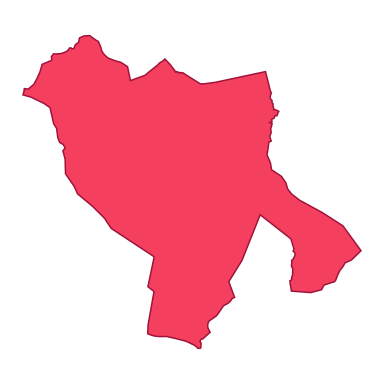 outline of Dange Shuni, Sokoto, Nigeria
{"feature_id": "59680162B96995039930644", "entity_name": "Dange Shuni", "entity_type": "district", "adm_level": 2, "iso_a3": "NGA", "parent_name": "Nigeria", "parent_adm1": "Sokoto", "projection": "orthographic", "projection_center": [5.413, 12.816], "detail": "fine", "context": "isolated", "style": "filled", "palette": "rose", "viewbox_px": 384, "rotation_deg": 0, "n_neighbors": 0, "source": "geoboundaries", "source_scale": "gbopen_adm2", "svg_char_len": 3131}
<svg xmlns="http://www.w3.org/2000/svg" viewBox="0 0 384 384"><path d="M299.7,200.3L291.5,193.9L287.7,189.0L285.9,182.8L281.4,176.3L271.6,169.8L270.4,162.7L267.0,155.0L267.9,149.5L268.6,144.2L268.8,142.2L271.2,141.1L269.8,136.4L271.2,132.5L270.7,128.9L271.5,126.2L272.1,123.7L269.7,122.5L272.1,121.7L271.5,119.4L274.2,118.2L274.6,116.1L277.1,115.6L277.7,113.3L278.8,111.4L276.1,109.9L273.7,109.8L273.8,108.2L272.9,105.8L273.1,104.0L272.0,102.5L272.0,100.5L270.7,99.2L270.1,97.2L270.7,94.7L271.4,92.7L270.5,91.4L265.5,71.6L243.1,76.4L215.4,82.3L203.5,83.9L200.4,83.9L185.0,74.2L184.1,73.5L183.7,73.4L183.4,73.3L183.3,73.1L183.1,72.9L182.9,72.8L182.7,72.9L182.3,72.9L182.2,72.9L181.9,72.7L181.6,72.6L181.4,72.6L181.2,72.7L180.8,72.5L180.7,72.5L180.3,72.5L179.9,72.7L179.5,72.9L179.3,72.9L179.0,72.9L178.7,72.8L178.7,72.6L178.6,72.4L178.4,72.3L178.1,72.1L177.9,71.9L177.3,71.9L177.1,71.8L176.8,71.7L176.5,71.7L176.2,71.8L176.3,72.0L176.1,72.2L175.9,72.3L175.7,72.2L175.5,71.8L175.4,71.6L175.2,71.2L175.0,70.8L174.6,70.5L174.3,70.3L174.3,70.0L174.2,69.9L174.0,69.5L169.8,64.1L164.9,59.0L162.9,60.9L159.8,62.7L157.3,65.3L149.1,71.8L144.9,75.4L139.4,77.3L130.5,80.6L127.5,66.6L120.8,62.3L115.6,60.9L111.4,59.3L108.0,58.0L105.0,55.3L103.2,53.2L101.8,50.9L101.3,49.5L100.6,46.5L98.3,41.4L96.0,40.2L89.7,35.6L83.8,36.0L79.5,37.9L78.5,42.5L76.2,43.9L75.3,44.9L74.8,46.3L73.9,48.1L73.5,48.7L72.6,48.8L72.3,48.7L72.0,48.7L71.6,48.5L71.4,48.2L71.2,48.0L70.9,48.0L70.5,47.9L70.0,48.0L69.4,48.0L69.0,48.9L68.4,49.7L67.5,50.6L66.5,51.4L65.3,52.0L64.4,52.4L60.6,53.7L58.0,53.7L57.4,53.8L56.8,53.9L56.4,54.0L56.0,54.0L55.6,54.0L55.0,54.0L54.4,53.9L53.9,53.8L53.5,53.8L53.0,54.6L52.6,55.1L52.2,55.6L51.6,56.3L51.3,56.9L51.3,57.1L51.4,57.4L51.5,57.6L51.6,57.9L51.6,58.1L51.6,58.4L51.7,58.7L51.7,59.0L51.8,59.3L51.8,59.6L51.7,60.0L51.6,60.3L42.1,64.4L40.0,71.8L36.8,78.9L33.9,84.2L28.3,89.1L24.3,88.6L24.0,91.3L23.0,94.9L31.1,97.2L43.9,103.4L50.0,107.6L53.7,123.9L56.6,128.4L57.8,137.7L59.7,142.5L63.1,144.4L65.2,147.8L62.9,150.8L65.1,159.1L65.5,173.8L74.2,186.4L74.3,186.6L77.6,193.9L92.4,206.2L102.5,216.3L105.1,218.9L105.9,220.5L111.3,228.5L154.2,256.8L147.9,286.7L154.0,291.5L148.1,324.8L147.7,333.7L150.5,334.9L154.8,336.1L159.5,336.6L166.8,336.5L177.2,338.9L186.3,341.3L194.7,345.4L196.9,347.2L198.0,348.4L200.6,348.2L201.0,346.3L200.9,345.1L201.1,343.4L200.7,342.4L199.9,341.5L200.6,340.0L200.9,339.3L202.8,338.9L210.1,332.3L207.9,327.9L207.7,325.5L207.8,324.2L208.6,321.8L209.4,320.8L216.7,315.6L223.3,306.1L224.3,305.3L227.9,303.4L230.4,301.2L232.2,298.5L234.6,297.4L228.8,281.7L241.9,260.6L260.2,214.8L290.9,238.9L293.3,246.7L294.0,249.0L293.1,251.2L295.1,253.0L294.9,255.6L293.3,258.9L291.6,260.5L291.9,262.4L291.5,265.0L291.4,266.0L292.0,267.3L292.6,268.5L292.7,269.4L292.7,270.7L292.7,271.5L292.5,275.0L291.7,277.4L291.6,279.5L291.1,280.3L289.9,280.7L290.1,283.3L291.0,288.2L291.4,291.1L310.7,292.6L321.6,289.7L324.0,285.1L328.2,283.7L332.5,282.3L334.6,281.7L335.7,280.2L337.4,275.7L339.8,270.6L343.0,266.5L345.1,262.8L351.5,260.0L361.0,250.7L343.0,225.9L322.5,212.7L299.7,200.3Z" fill="#f43f5e" stroke="#9f1239" stroke-width="1.5"/></svg>